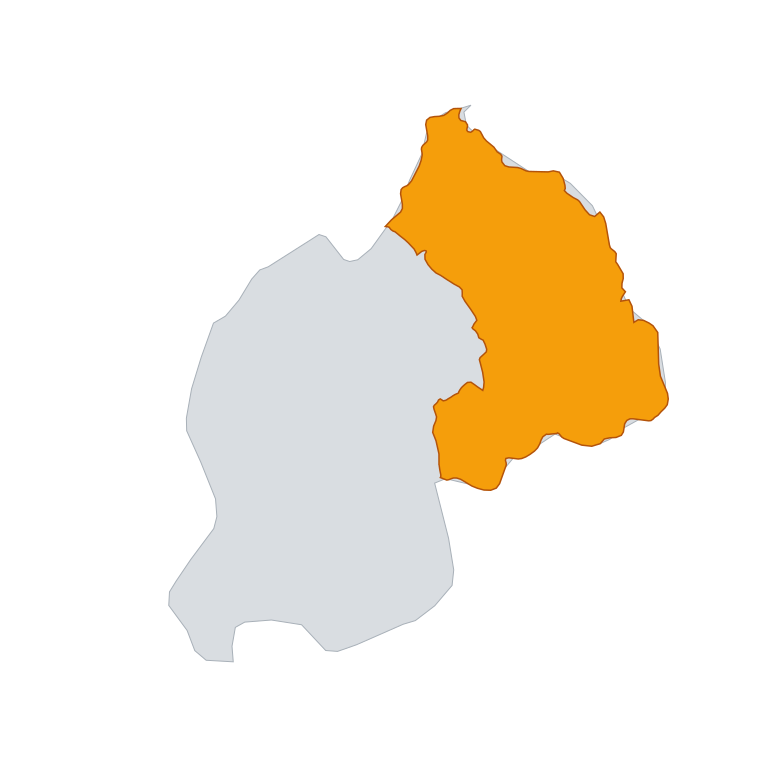 location of Eastern within Rwanda, rotated 341°
{"feature_id": "RWA-3493", "entity_name": "Eastern", "entity_type": "Province", "adm_level": 1, "iso_a3": "RWA", "parent_name": "Rwanda", "parent_adm1": "", "projection": "mercator", "projection_center": [30.365, -1.745], "detail": "fine", "context": "in_parent", "style": "filled", "palette": "amber", "viewbox_px": 768, "rotation_deg": 341, "n_neighbors": 0, "source": "natural_earth", "source_scale": "10m", "svg_char_len": 4421}
<svg xmlns="http://www.w3.org/2000/svg" viewBox="0 0 768 768"><g transform="rotate(341 384 384)"><path d="M303.7,235.7L312.6,235.5L371.2,221.5L377.0,225.9L386.4,253.1L391.4,257.0L399.6,258.0L416.0,251.8L446.1,230.5L459.3,217.6L474.8,199.4L494.5,179.0L505.6,161.1L516.3,150.7L530.5,147.5L546.1,148.3L557.0,148.7L548.1,152.9L546.2,166.0L556.5,186.9L590.1,230.2L611.5,238.1L625.5,255.0L639.1,283.3L643.2,318.8L637.6,361.4L640.9,393.1L653.3,413.9L656.5,440.9L650.6,474.1L643.5,493.9L635.1,500.5L625.5,502.9L612.6,500.7L596.8,503.5L579.6,509.8L568.8,510.7L562.1,509.4L549.5,504.1L529.4,487.0L492.1,496.5L482.0,496.2L468.3,504.4L457.2,514.4L450.4,515.1L443.5,513.8L411.3,493.5L399.6,494.2L394.8,551.0L389.4,582.5L382.8,596.6L359.8,610.2L336.6,617.9L323.9,617.4L273.0,621.6L253.0,621.7L242.1,617.0L227.7,584.8L200.7,570.5L174.8,563.8L164.2,565.7L154.9,582.5L151.0,597.6L125.9,587.3L118.3,574.5L117.6,552.9L108.4,523.3L113.5,510.7L123.4,502.6L144.3,486.9L176.0,465.3L182.8,455.0L187.3,437.8L185.3,397.8L182.2,364.0L186.0,352.0L200.5,325.9L219.9,299.2L242.6,270.9L256.2,268.2L274.1,257.5L293.1,241.7L303.7,235.7Z" fill="#d9dde1" stroke="#a8b0b8" stroke-width="1"/><path d="M531.2,487.0L522.6,485.0L521.3,484.3L517.0,485.6L514.3,488.1L513.2,489.5L511.9,491.2L508.4,494.4L504.5,496.4L499.4,498.0L494.3,499.1L489.9,499.3L486.5,498.6L478.0,494.4L474.9,494.1L473.9,495.9L473.8,498.5L473.2,500.4L460.9,515.8L456.3,519.0L450.3,519.2L444.0,516.8L438.4,513.0L433.9,509.1L425.5,499.1L422.2,496.6L419.1,495.5L416.5,495.4L414.2,495.6L412.1,495.3L407.3,491.2L406.8,490.8L407.5,490.1L407.8,489.3L408.1,488.6L408.8,483.4L409.8,478.3L409.8,477.8L410.0,477.4L413.2,468.0L414.7,454.6L414.3,445.6L417.2,440.0L421.2,435.5L423.0,432.2L423.1,429.1L423.1,424.2L423.4,421.6L424.6,420.5L427.2,419.4L428.9,418.4L430.3,416.9L432.3,416.4L433.3,417.6L434.5,419.2L436.9,419.5L438.5,419.3L439.3,419.0L440.2,418.8L441.8,418.5L443.6,418.1L445.2,417.6L447.6,417.1L449.8,416.9L450.6,416.9L451.5,416.7L452.2,415.7L453.8,414.3L455.7,412.9L457.2,412.1L460.2,410.8L463.4,409.7L466.8,410.6L469.6,414.4L471.5,417.2L473.5,419.8L475.3,422.2L477.1,419.6L479.3,414.7L481.1,404.9L481.9,395.1L482.1,392.0L483.5,390.3L487.5,388.6L491.2,386.9L492.4,384.6L492.5,379.3L492.0,374.8L490.4,373.2L488.7,371.1L488.9,367.4L487.8,363.5L486.0,360.8L485.6,359.4L486.7,358.6L488.6,356.6L491.0,355.0L492.5,354.0L492.4,349.9L490.3,341.6L487.5,332.2L486.5,326.5L487.6,323.5L488.5,320.4L486.9,316.8L483.0,312.6L477.7,306.0L472.8,299.6L469.3,295.9L466.6,291.0L464.5,285.5L463.4,279.4L464.8,274.9L467.0,272.9L467.1,271.7L465.6,270.9L462.9,270.9L459.7,272.0L457.2,272.8L457.1,270.3L456.4,266.1L455.2,263.5L452.9,258.4L450.5,254.0L447.5,249.4L444.0,243.7L442.3,242.3L440.8,240.2L439.9,237.5L438.4,236.3L437.6,236.1L436.5,235.5L444.5,231.2L455.6,226.9L458.5,224.1L459.9,220.0L461.6,209.5L463.5,205.7L465.6,204.5L467.8,204.1L470.0,204.0L472.0,203.4L476.2,200.9L488.2,189.4L491.8,184.8L494.7,179.9L495.2,178.1L495.8,174.2L496.6,172.6L497.5,171.8L498.5,171.0L503.1,169.0L504.7,167.6L506.1,163.5L507.9,152.3L510.2,148.4L514.3,146.9L518.8,147.6L523.4,148.9L528.0,149.5L532.3,148.4L535.8,146.8L539.5,146.3L543.7,147.6L546.6,148.6L544.5,150.8L542.4,153.8L541.5,156.8L542.4,159.8L546.4,162.5L547.3,166.2L546.7,167.8L545.7,169.3L544.9,171.0L545.4,172.6L547.8,174.2L549.9,173.8L551.7,172.9L552.8,172.6L556.2,175.0L557.3,176.7L558.4,183.7L560.0,187.6L565.0,195.8L566.6,201.4L569.1,204.7L569.7,206.9L569.4,207.7L568.8,208.9L568.1,210.5L567.8,212.5L569.3,216.9L572.8,219.5L580.8,222.8L583.7,224.8L587.7,228.7L590.2,230.2L608.2,236.9L613.5,237.6L618.8,240.8L620.3,247.9L619.8,255.0L619.0,258.2L617.5,259.8L619.1,263.3L623.6,269.3L627.0,272.9L628.2,275.0L630.8,284.8L633.4,290.9L637.7,294.2L644.1,291.7L646.1,297.5L645.9,304.5L642.4,325.9L642.3,328.8L642.9,330.2L645.3,333.9L646.0,336.4L642.9,343.9L643.8,346.8L646.0,357.6L644.5,362.2L641.8,366.3L640.2,370.5L642.3,375.4L637.9,378.8L636.2,380.6L634.9,382.8L643.0,384.1L643.8,391.2L640.3,407.1L645.3,406.0L650.2,408.4L654.4,412.6L657.3,416.5L659.6,424.4L650.2,454.6L647.9,466.6L649.0,485.2L647.9,490.7L645.1,495.8L641.5,498.3L637.0,500.4L632.8,502.8L629.0,503.7L627.0,504.8L624.5,505.5L622.3,505.0L608.2,498.0L605.2,497.0L601.7,497.5L598.6,500.0L594.7,507.3L591.7,509.8L586.0,510.1L580.1,508.4L574.4,507.7L569.1,510.8L560.2,510.5L551.1,506.2L536.4,494.1L534.8,492.0L533.4,488.2L532.2,486.7L531.2,487.0Z" fill="#f59e0b" stroke="#b45309" stroke-width="1.5"/></g></svg>